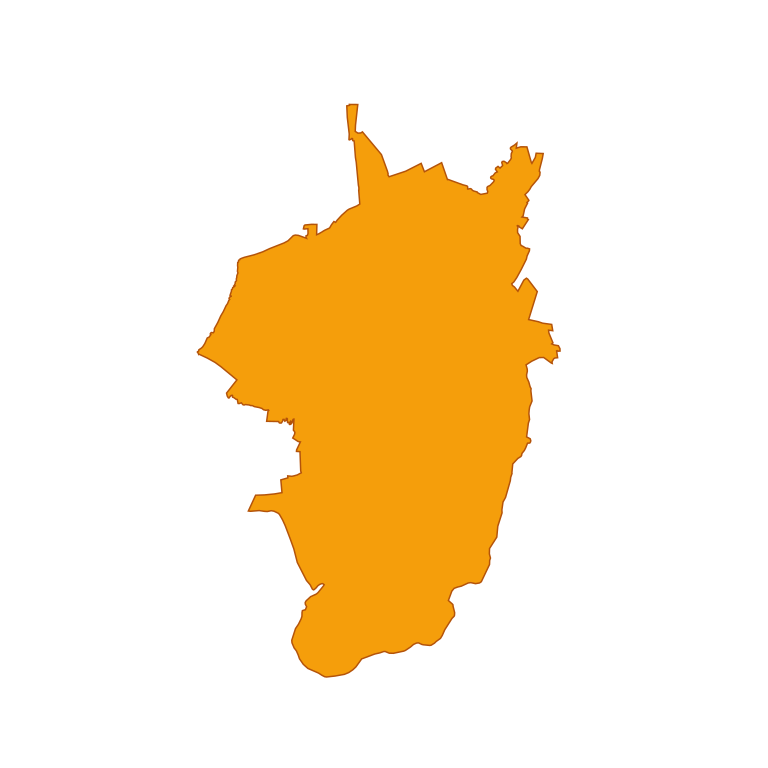 Balc, Bihor, Romania (Equal Earth projection), rotated 123°
{"feature_id": "2599482B50567308874625", "entity_name": "Balc", "entity_type": "district", "adm_level": 2, "iso_a3": "ROU", "parent_name": "Romania", "parent_adm1": "Bihor", "projection": "equal_earth", "projection_center": [22.518, 47.312], "detail": "fine", "context": "isolated", "style": "filled", "palette": "amber", "viewbox_px": 768, "rotation_deg": 123, "n_neighbors": 0, "source": "geoboundaries", "source_scale": "gbopen_adm2", "svg_char_len": 6171}
<svg xmlns="http://www.w3.org/2000/svg" viewBox="0 0 768 768"><g transform="rotate(123 384 384)"><path d="M460.0,555.7L459.8,555.7L458.5,546.3L457.9,537.5L458.3,530.1L460.7,509.6L477.4,511.1L479.5,508.9L480.4,507.0L480.2,506.4L477.6,506.2L476.8,505.9L476.1,505.1L476.3,504.6L477.0,504.4L477.5,503.8L477.2,502.5L477.4,499.7L476.9,498.9L477.0,498.5L479.8,495.8L479.4,494.9L477.5,493.4L478.2,490.9L477.8,489.9L476.7,489.0L475.0,485.6L474.7,484.1L473.8,482.6L473.6,480.5L471.7,475.8L471.0,473.1L471.2,471.0L470.9,470.2L470.5,468.9L468.7,466.9L468.9,466.3L470.1,466.4L479.2,462.1L472.9,452.0L473.6,450.7L473.4,449.9L472.5,448.8L469.8,448.9L468.8,449.4L468.1,448.6L469.2,446.9L467.7,446.2L467.0,446.9L466.0,447.2L465.7,446.5L465.9,446.0L467.7,445.0L467.9,444.3L468.6,444.1L468.8,443.6L468.2,442.5L467.4,442.0L466.1,442.1L466.2,441.7L466.8,441.2L468.9,441.8L469.3,441.5L469.3,440.9L468.6,440.3L467.2,440.0L466.4,440.0L464.4,440.9L462.9,440.9L462.5,440.4L472.1,434.8L472.5,433.4L473.2,432.3L475.0,431.6L479.0,431.1L479.0,424.6L478.1,422.6L486.9,421.4L488.2,420.7L486.5,417.6L502.3,406.5L503.5,405.0L507.5,407.2L510.1,409.5L511.6,411.0L513.5,414.7L515.1,413.5L520.6,418.3L530.7,410.4L535.7,415.8L542.1,423.8L547.2,431.1L564.4,428.6L563.5,426.7L558.1,419.7L555.9,414.9L554.5,412.4L551.7,409.6L550.6,407.0L550.0,402.5L550.3,400.7L553.3,394.9L556.7,389.6L565.1,378.1L571.4,369.8L580.9,359.5L591.0,342.0L592.6,336.6L595.0,332.4L595.1,331.1L594.5,330.6L592.0,329.9L589.2,329.6L587.0,328.7L585.6,327.7L584.8,326.7L584.9,324.9L586.3,324.8L594.8,325.7L596.9,326.3L602.3,329.7L608.2,331.2L610.1,331.1L611.5,330.1L612.9,327.6L616.1,327.0L618.5,329.0L620.3,328.3L623.5,326.3L626.1,325.6L632.0,324.9L637.3,325.0L649.1,321.8L651.2,320.2L654.3,315.6L655.5,312.2L657.9,308.5L660.5,305.2L663.1,298.9L664.0,292.9L662.1,281.5L662.1,277.5L661.8,274.3L661.0,272.6L655.5,265.9L649.1,259.1L645.2,256.4L640.7,254.5L636.7,253.5L626.7,253.0L615.5,244.7L611.8,241.1L608.6,238.6L607.7,237.4L606.9,233.0L604.7,229.4L597.2,221.9L595.7,220.9L590.1,218.5L586.3,217.4L583.5,215.6L582.3,214.0L581.8,210.4L581.3,209.0L578.3,203.2L577.4,202.2L573.8,200.5L571.5,200.0L566.6,198.1L563.1,198.2L557.0,199.2L543.5,199.3L540.7,198.7L539.6,198.9L537.3,200.2L532.6,205.2L531.7,205.8L531.3,206.8L530.5,212.1L520.8,214.3L517.2,213.9L514.1,211.6L511.5,209.1L505.0,205.0L503.3,203.0L501.6,198.5L498.8,195.5L496.8,194.7L477.9,197.2L474.4,199.3L472.0,199.9L469.1,203.1L464.5,205.9L451.0,206.0L441.3,211.1L427.8,214.8L425.3,216.6L418.2,219.9L412.9,220.3L396.3,225.4L393.3,226.9L389.3,227.9L388.8,228.4L380.9,232.5L373.5,231.2L370.3,229.7L369.0,229.7L367.1,230.5L363.3,230.1L360.4,230.4L355.5,231.4L354.1,229.6L352.6,229.6L351.5,230.1L350.3,231.6L350.7,235.6L338.2,241.6L334.5,242.6L330.0,246.3L326.5,248.2L323.8,249.4L317.6,250.6L309.6,257.2L307.8,258.1L306.7,260.0L303.5,263.6L300.7,267.9L298.7,269.4L295.1,270.8L293.4,272.1L290.6,275.3L284.4,272.5L277.3,268.2L274.8,264.5L275.3,255.2L275.1,254.1L273.9,255.2L270.3,255.4L269.2,254.9L267.4,252.7L262.2,257.3L261.7,257.0L261.7,255.9L260.5,254.3L258.5,255.7L256.9,258.6L258.6,262.6L259.0,265.2L257.4,264.8L251.4,273.5L249.2,275.3L247.4,271.5L242.7,275.8L246.6,284.1L247.7,288.5L251.2,297.8L223.0,305.8L217.7,320.6L217.7,322.2L220.7,323.3L233.3,322.2L231.6,327.4L231.4,330.0L230.3,331.5L227.7,330.7L222.5,330.6L213.2,331.3L201.7,332.6L198.8,333.7L193.1,334.6L191.4,335.5L192.0,337.7L192.8,338.9L192.9,342.8L193.2,344.4L192.1,346.2L186.1,350.3L184.3,354.4L181.8,356.1L179.4,357.1L178.8,358.4L178.5,358.4L178.2,357.8L178.1,356.6L178.6,355.8L178.5,352.5L167.5,352.5L167.6,353.3L166.6,354.1L168.8,359.2L167.2,358.9L160.6,361.4L154.1,362.1L153.9,363.0L151.3,362.4L151.0,362.6L148.4,368.9L144.2,368.0L141.3,367.8L138.2,368.0L127.9,366.7L124.2,367.0L121.3,368.5L121.0,369.6L119.4,370.4L108.7,374.0L104.0,376.0L107.6,382.1L111.5,380.5L118.4,380.1L117.8,381.3L107.3,393.3L110.6,398.5L114.2,401.5L109.5,403.8L112.5,404.7L116.3,406.5L117.3,406.5L118.0,405.9L118.6,403.4L119.0,403.1L121.5,402.7L124.0,401.3L125.1,400.3L127.0,400.1L131.5,400.5L132.2,401.0L131.8,401.7L131.8,404.4L132.0,404.9L133.0,406.0L134.2,405.8L136.0,403.6L136.4,403.5L139.7,404.3L139.4,406.9L142.1,407.9L143.2,407.5L144.4,404.5L146.4,405.7L149.9,406.0L151.3,407.0L152.0,407.2L152.9,406.9L153.3,406.4L153.4,405.6L152.8,403.7L153.0,402.8L153.4,402.4L154.6,402.2L159.7,403.2L161.8,404.5L162.9,404.7L164.8,403.5L166.2,401.7L167.7,401.3L172.3,406.1L172.6,409.9L172.2,410.4L173.3,414.0L173.4,415.4L173.0,416.5L172.9,417.5L173.3,418.3L174.8,419.7L174.9,420.1L173.2,421.1L172.8,421.6L172.7,422.4L174.0,426.4L177.5,441.5L178.0,442.1L167.0,456.2L184.0,465.7L178.7,473.0L193.7,481.7L207.4,492.6L206.6,494.5L205.4,495.1L203.6,497.1L193.0,511.1L184.3,539.4L186.1,540.2L187.8,542.5L187.8,545.7L182.4,548.9L163.9,558.2L168.4,565.3L169.1,564.7L171.0,566.7L180.5,559.9L193.3,549.3L198.1,546.5L198.2,546.1L196.8,545.0L195.7,544.8L195.4,544.3L195.4,544.0L196.8,542.9L196.9,542.6L196.4,541.6L197.2,540.8L209.6,531.3L213.1,528.1L231.2,513.8L232.9,512.1L235.0,510.7L235.2,510.8L246.3,502.3L249.5,503.8L256.3,508.5L258.2,509.4L265.5,511.4L272.1,512.5L274.8,512.6L275.0,514.5L279.0,514.8L282.8,514.6L287.4,517.5L293.6,520.5L295.5,521.8L286.7,527.2L289.7,531.9L293.7,536.9L294.7,537.2L297.8,536.1L297.6,535.4L295.2,532.4L299.1,529.7L301.1,529.2L302.1,530.1L303.4,529.4L304.0,528.4L306.0,536.8L307.4,539.5L309.0,540.9L316.2,542.5L320.2,544.7L332.8,553.7L339.2,557.7L346.4,563.3L353.9,570.2L356.3,572.0L357.5,572.8L358.2,572.6L359.4,573.3L361.0,572.5L361.7,572.9L364.6,571.2L365.7,570.2L369.3,568.3L370.4,567.0L373.3,566.4L374.9,565.5L376.3,565.1L377.7,564.0L379.6,564.3L380.5,563.6L382.7,563.3L383.0,563.1L382.9,562.4L383.5,562.6L383.8,563.3L384.4,562.8L385.5,563.4L387.0,562.9L388.1,563.2L389.3,562.5L393.6,561.4L393.9,560.9L393.5,560.0L393.7,559.9L395.1,560.7L396.2,560.7L396.6,560.6L397.1,559.5L398.3,559.7L401.8,559.0L404.3,559.1L410.8,558.2L415.7,558.0L423.0,556.9L430.0,556.4L432.4,555.0L434.0,555.1L434.8,556.8L435.7,557.1L436.7,557.0L436.9,556.1L439.8,556.2L441.7,557.3L447.7,556.3L451.5,556.3L453.3,556.7L456.1,557.9L457.5,557.4L458.6,558.0L458.9,557.9L459.1,557.1L460.0,555.7Z" fill="#f59e0b" stroke="#b45309" stroke-width="1.5"/></g></svg>